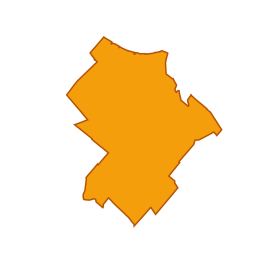 the district of Baraganu, Constanta, Romania, rotated 308°
{"feature_id": "2599482B12135283743765", "entity_name": "Baraganu", "entity_type": "district", "adm_level": 2, "iso_a3": "ROU", "parent_name": "Romania", "parent_adm1": "Constanta", "projection": "albers", "projection_center": [28.409, 44.093], "detail": "fine", "context": "isolated", "style": "filled", "palette": "amber", "viewbox_px": 256, "rotation_deg": 308, "n_neighbors": 0, "source": "geoboundaries", "source_scale": "gbopen_adm2", "svg_char_len": 5054}
<svg xmlns="http://www.w3.org/2000/svg" viewBox="0 0 256 256"><g transform="rotate(308 128 128)"><path d="M54.6,193.2L59.2,193.5L65.8,194.0L79.1,194.8L79.5,194.9L76.9,202.9L77.2,202.9L78.4,203.0L91.1,203.4L104.4,203.9L111.5,204.1L112.5,201.3L113.4,198.8L113.7,198.4L114.6,197.8L115.0,197.4L115.1,197.2L115.1,196.6L115.1,196.0L115.1,195.6L115.1,195.2L115.1,194.6L115.1,193.9L115.2,193.4L115.2,192.5L115.2,192.0L115.2,191.3L115.2,190.9L115.2,190.5L115.2,189.7L115.7,189.7L116.4,189.7L117.2,189.8L118.3,189.8L119.3,189.8L120.0,189.8L121.2,189.8L121.8,189.8L122.4,189.8L123.1,189.8L123.8,189.8L124.6,189.9L125.3,189.9L125.9,189.9L126.9,189.9L127.7,189.9L128.3,189.9L129.3,190.0L130.0,190.0L130.4,190.0L131.3,190.0L131.8,190.0L132.4,190.0L132.6,190.0L132.6,188.9L140.1,189.2L147.6,189.6L154.9,189.9L155.0,190.0L155.3,190.0L155.6,189.8L155.9,189.7L157.4,189.2L158.6,188.7L159.5,188.4L159.8,188.3L160.9,189.7L162.0,191.0L162.9,191.5L164.0,192.0L169.2,194.4L177.3,198.0L177.6,198.1L177.5,199.1L177.4,199.8L177.3,200.5L177.1,201.2L176.7,202.6L184.3,202.9L185.5,199.4L186.3,197.0L187.2,194.6L188.3,191.5L189.3,188.4L190.1,186.3L191.2,183.2L191.2,182.0L191.3,180.1L191.3,178.6L191.6,178.5L191.7,178.4L191.8,176.4L191.8,175.9L191.9,173.3L192.0,171.2L192.1,166.1L192.1,165.5L192.2,163.1L192.3,162.5L192.4,161.5L192.5,159.7L192.5,159.2L192.6,158.3L192.7,157.9L193.0,157.5L193.0,157.4L193.0,157.2L192.5,157.3L188.2,157.6L186.6,157.8L186.4,158.0L185.1,159.6L183.9,161.2L183.3,161.9L183.2,162.0L182.2,162.0L182.3,158.2L182.4,155.7L182.5,154.0L182.4,153.8L182.3,153.5L182.2,153.4L182.2,153.2L182.3,153.0L182.6,152.6L182.8,152.4L182.9,152.2L183.8,151.2L183.9,150.9L184.7,150.0L185.4,149.2L185.9,148.5L186.6,147.6L187.0,147.2L187.5,146.6L187.7,146.4L188.3,145.7L188.6,145.4L188.8,145.3L188.8,145.0L188.1,144.4L187.8,144.3L187.4,144.2L185.9,144.1L185.9,143.9L186.0,143.2L186.5,142.6L186.7,142.0L186.9,141.7L187.0,141.5L187.1,141.4L187.5,141.2L187.9,140.9L188.1,140.9L189.2,140.6L190.0,140.4L190.5,140.3L191.4,140.0L191.7,139.7L193.4,135.8L194.7,133.1L194.1,132.7L194.1,129.9L194.1,124.9L194.1,124.7L197.3,121.9L201.2,118.5L202.2,117.6L202.7,117.3L203.3,116.9L209.2,114.2L209.5,114.1L209.8,114.0L210.0,114.0L211.5,113.2L210.9,110.9L209.9,107.5L209.8,107.1L209.4,106.9L208.7,106.5L208.1,106.4L207.5,106.0L207.3,105.6L206.5,105.2L204.9,103.7L204.5,103.2L204.1,102.8L203.9,102.7L203.6,102.4L203.2,102.3L202.9,102.2L202.3,101.7L202.2,101.6L201.7,101.1L201.5,100.9L201.1,100.4L200.9,100.3L200.6,100.0L200.0,99.5L199.5,99.0L198.7,98.1L198.3,97.6L198.0,97.2L197.9,97.2L197.4,96.9L197.3,96.7L197.2,96.4L196.9,96.3L196.7,95.7L196.9,95.7L197.0,95.6L196.8,95.4L196.4,95.0L196.1,94.5L195.6,93.7L195.1,93.2L194.8,92.9L194.0,92.1L193.8,91.8L193.7,91.8L193.7,91.0L193.7,90.9L193.3,90.0L192.8,89.1L192.0,87.5L191.8,87.5L191.7,87.6L190.3,87.9L190.2,87.8L190.1,87.7L190.1,87.2L191.4,86.2L191.2,85.7L190.8,84.9L190.5,84.3L190.2,83.4L189.7,82.2L189.1,80.8L188.9,80.7L189.0,80.6L188.7,79.5L188.3,78.5L188.0,77.5L188.1,77.4L187.8,76.4L187.6,75.4L187.3,74.3L187.3,74.2L187.1,72.6L186.9,71.8L186.8,71.5L186.7,71.2L186.4,71.2L186.5,71.1L186.8,71.2L187.0,71.5L187.0,71.1L186.8,69.8L186.7,68.7L186.6,68.2L186.5,66.8L185.8,65.2L185.6,63.9L185.3,63.3L185.1,63.3L184.2,63.4L184.1,62.8L185.0,62.7L185.9,62.1L185.7,60.9L185.4,59.1L185.4,58.5L185.2,56.9L185.1,56.4L185.1,56.1L185.0,55.8L184.8,53.8L184.8,53.7L184.8,53.1L184.8,52.9L184.5,52.9L184.4,52.9L183.9,52.9L181.3,52.8L180.3,52.8L179.6,52.7L178.8,52.7L178.4,52.7L178.1,52.7L177.5,52.6L170.4,52.3L169.5,52.2L163.8,51.9L162.4,56.6L162.5,56.6L162.2,57.7L161.7,59.5L161.5,59.4L161.3,59.3L161.1,59.4L161.1,60.3L161.3,60.8L161.3,61.6L161.1,62.9L160.4,62.9L155.0,62.1L151.2,61.6L149.7,61.4L146.3,60.9L137.7,59.7L135.6,59.4L134.2,59.2L133.8,59.2L129.5,59.1L128.4,59.1L118.0,59.3L116.3,59.3L116.3,59.5L115.2,64.3L115.1,64.8L114.1,70.0L113.2,74.3L112.1,79.7L110.4,87.5L109.6,91.2L104.5,88.1L101.0,86.0L97.7,83.9L97.7,84.0L97.6,97.6L97.5,106.2L97.3,106.3L97.2,106.3L96.8,106.4L96.8,107.2L96.7,109.7L96.5,117.5L96.5,118.3L96.6,118.9L96.3,127.9L96.1,127.9L94.4,127.8L89.3,127.5L84.8,127.3L80.6,127.1L80.7,126.9L80.9,126.6L81.0,126.2L80.6,126.2L78.5,126.1L76.2,126.0L70.3,125.8L69.3,125.7L64.9,125.5L63.0,125.5L62.9,125.7L62.7,126.0L62.4,126.5L62.1,126.6L61.5,127.0L59.8,128.0L58.2,129.0L55.5,130.6L53.6,131.7L53.4,131.9L53.2,132.0L52.7,132.3L52.2,132.5L50.0,133.2L48.7,133.4L48.1,133.6L47.6,133.9L47.3,134.1L46.2,135.2L45.5,135.7L45.6,136.0L45.3,136.2L45.0,136.4L44.7,136.7L44.5,137.3L44.6,137.5L46.1,140.0L47.3,141.8L47.7,142.2L48.6,142.9L51.3,144.8L51.5,145.1L51.7,145.5L51.7,145.8L51.7,146.3L51.6,146.6L51.5,146.9L51.1,147.3L50.6,147.8L50.4,148.0L50.2,148.3L50.2,148.5L50.1,149.0L50.1,149.7L49.7,157.2L50.4,157.1L50.7,157.0L51.0,156.8L51.6,156.3L52.2,155.8L52.4,155.7L52.5,155.7L52.9,155.6L61.0,155.7L60.8,157.0L60.4,160.0L59.9,162.8L59.2,169.9L58.6,176.2L58.3,178.7L57.8,183.9L57.6,184.7L57.3,186.0L57.1,186.8L56.7,187.8L56.5,188.5L56.2,190.5L56.0,191.6L55.9,191.9L55.6,192.3L55.1,192.8L54.6,193.2Z" fill="#f59e0b" stroke="#b45309" stroke-width="1.5"/></g></svg>